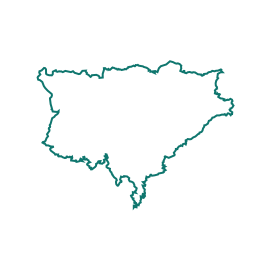 outline of Kota Tasikmalaya, Jawa Barat, Indonesia, rotated 102°
{"feature_id": "22746128B57000549481658", "entity_name": "Kota Tasikmalaya", "entity_type": "district", "adm_level": 2, "iso_a3": "IDN", "parent_name": "Indonesia", "parent_adm1": "Jawa Barat", "projection": "natural_earth1", "projection_center": [108.229, -7.36], "detail": "fine", "context": "isolated", "style": "outline", "palette": "teal", "viewbox_px": 256, "rotation_deg": 102, "n_neighbors": 0, "source": "geoboundaries", "source_scale": "gbopen_adm2", "svg_char_len": 5768}
<svg xmlns="http://www.w3.org/2000/svg" viewBox="0 0 256 256"><g transform="rotate(102 128 128)"><path d="M92.7,29.1L90.9,29.3L89.7,32.0L88.9,32.4L88.4,31.8L87.6,31.8L87.5,31.3L86.2,30.2L84.1,29.5L83.3,30.6L82.7,30.9L82.5,31.7L81.3,32.0L79.9,31.4L78.7,32.2L78.2,33.9L79.4,35.1L79.8,36.0L79.6,36.5L81.1,39.1L81.1,39.6L80.9,40.2L79.8,39.9L79.6,41.8L79.8,43.6L78.8,46.2L76.0,45.2L75.8,45.8L76.1,47.1L75.4,48.0L76.4,48.1L76.1,50.2L73.9,50.3L73.2,50.8L72.0,50.2L71.1,49.2L70.8,49.5L69.6,49.4L68.3,50.9L65.9,51.6L63.2,51.5L60.5,50.2L60.0,51.1L56.4,51.4L54.2,49.0L53.8,47.1L52.7,48.7L52.0,49.1L51.6,48.9L51.4,49.3L53.2,51.9L53.7,53.8L54.5,55.0L54.6,57.5L55.7,58.4L56.8,60.9L58.4,62.0L59.4,65.0L60.2,65.4L60.5,65.1L61.5,66.4L61.2,67.2L60.5,67.5L60.9,70.8L59.7,74.0L59.9,75.9L60.6,76.8L60.4,79.4L61.1,81.2L62.3,82.4L62.1,84.2L60.5,84.8L60.6,85.4L61.9,86.0L61.3,88.7L58.6,88.3L57.0,88.9L56.0,88.8L54.7,90.8L54.4,92.7L54.9,93.6L54.9,95.1L54.2,97.7L54.0,100.8L57.9,103.8L60.7,108.7L63.1,110.2L67.2,110.8L66.6,113.2L67.0,114.2L67.9,113.5L68.2,113.9L68.7,113.5L68.3,115.4L67.5,115.7L68.3,117.6L67.8,117.6L66.9,118.5L67.7,119.7L66.1,120.1L65.2,122.3L65.0,125.2L64.6,126.2L64.8,130.4L64.2,131.5L64.7,132.1L64.8,133.5L66.1,134.0L66.2,134.4L65.8,135.4L67.5,137.8L67.7,138.9L68.3,139.7L68.3,140.4L69.6,140.7L70.2,141.7L71.0,142.1L71.0,143.5L71.4,143.7L72.6,146.3L72.3,147.5L72.6,148.5L72.2,149.3L73.0,150.0L73.1,150.6L72.4,151.3L72.6,152.5L72.1,154.2L72.2,155.5L71.6,156.3L72.4,155.9L74.9,157.8L74.5,158.9L75.0,159.3L74.4,159.6L75.1,160.5L75.2,161.2L74.2,162.8L74.5,164.0L75.9,163.6L80.4,164.0L83.9,163.2L84.9,166.3L84.2,166.5L83.1,167.5L82.6,170.0L83.9,174.3L85.2,174.7L85.8,175.3L84.3,177.6L83.7,179.7L82.4,179.8L82.1,180.6L81.1,181.4L80.7,181.3L81.6,184.5L84.9,186.1L85.5,187.3L85.1,191.7L83.9,193.6L85.2,195.4L85.2,201.2L86.9,203.4L86.5,205.2L86.9,206.3L86.8,207.1L87.7,208.7L87.6,209.9L86.5,210.6L86.7,210.9L88.5,213.2L91.1,212.8L92.3,213.4L92.8,216.2L92.6,218.3L92.0,219.4L87.7,220.4L86.7,221.5L86.7,222.6L89.7,224.5L90.9,226.4L92.4,226.3L93.9,224.9L96.5,226.7L97.4,226.9L99.4,225.9L99.5,224.1L100.8,221.4L104.5,219.0L106.1,217.3L108.2,214.3L110.6,209.7L111.8,209.2L113.4,209.3L115.1,210.5L115.6,210.4L120.8,208.6L124.7,206.5L125.6,206.6L125.7,206.0L127.5,205.1L127.1,201.1L126.7,200.0L125.9,199.4L127.2,199.2L129.0,199.9L131.0,201.8L132.3,202.3L134.2,204.2L140.1,204.6L141.5,205.2L142.6,204.5L143.5,204.5L144.4,205.3L145.3,205.3L146.2,204.4L147.2,204.3L150.9,205.9L152.7,204.5L154.9,205.6L157.6,206.0L158.6,206.7L159.5,208.4L160.1,208.6L160.7,206.7L160.6,206.0L162.0,204.4L161.6,202.5L162.1,199.8L161.7,196.7L163.6,199.4L164.8,199.8L165.5,199.4L166.3,198.6L168.2,194.5L169.2,193.6L168.5,192.2L169.0,191.2L168.7,190.8L169.8,190.6L170.2,190.1L169.8,189.4L170.0,188.6L169.5,187.6L170.2,185.7L170.5,183.5L170.1,182.5L169.0,182.2L169.2,181.8L168.7,181.4L169.0,180.9L168.8,179.4L168.2,178.9L168.6,178.0L168.2,177.6L168.4,177.1L167.8,176.7L168.7,176.3L169.4,176.4L169.7,177.1L171.6,176.9L171.3,173.3L170.6,172.5L170.6,172.0L171.8,171.6L171.8,171.1L170.5,168.5L167.9,168.0L168.2,167.0L168.7,167.4L169.9,167.1L169.9,165.8L169.3,166.8L169.0,166.0L167.5,165.2L166.7,165.1L165.8,165.7L165.3,164.7L165.9,164.3L167.1,164.6L167.7,163.9L167.9,163.4L166.8,162.0L167.6,161.3L167.8,160.0L168.9,159.3L169.4,158.1L170.7,159.9L171.9,160.5L172.6,160.0L173.4,157.8L174.3,157.7L175.0,157.2L175.2,156.5L174.5,155.9L174.8,155.3L176.1,155.4L176.0,154.7L173.0,152.1L171.6,151.4L169.7,151.7L169.2,150.9L166.7,150.0L166.1,148.1L168.4,148.4L168.4,147.8L168.3,145.8L166.8,144.6L166.6,144.0L165.9,143.9L165.1,144.6L164.2,144.2L163.9,144.6L163.3,143.7L161.8,143.2L160.4,144.9L159.7,144.0L158.3,144.3L158.3,143.5L161.3,141.6L163.0,142.5L163.5,142.5L165.5,140.4L166.6,139.7L167.7,139.8L169.3,141.1L170.6,140.9L171.3,139.6L171.6,137.2L173.0,137.1L174.4,135.9L174.8,135.0L176.3,134.2L176.7,133.5L177.1,133.5L179.1,131.3L180.2,128.9L181.4,128.1L182.6,128.6L183.8,128.4L185.5,127.7L186.4,126.6L186.6,126.2L186.3,125.6L182.9,124.6L182.2,123.3L181.4,123.3L180.2,125.0L177.0,124.7L177.2,123.8L176.4,121.6L175.9,121.7L175.6,118.8L176.8,116.4L178.3,116.5L179.8,115.2L179.8,113.2L180.4,111.4L182.4,109.9L183.7,109.7L185.1,107.0L187.6,107.1L188.6,108.1L189.2,107.9L189.8,107.1L189.8,109.9L192.4,109.3L193.5,111.0L194.5,110.4L195.2,109.2L196.0,108.9L195.9,108.0L196.9,108.1L198.5,106.1L199.9,106.3L200.2,105.5L199.6,105.0L199.7,104.5L200.8,104.1L201.0,103.6L202.4,103.7L202.7,106.2L204.6,105.8L203.8,105.4L203.8,103.2L202.8,103.4L201.0,102.6L201.3,101.5L199.3,101.3L198.2,100.1L196.7,100.8L195.2,100.4L192.2,101.4L192.2,100.8L193.2,99.0L193.1,98.2L191.0,97.2L190.5,97.5L190.4,98.0L191.1,98.9L190.4,99.8L189.3,99.8L188.6,97.8L187.9,97.9L186.7,98.7L184.6,98.8L183.7,100.1L181.2,101.7L181.1,99.3L180.0,99.2L177.8,102.1L177.1,100.1L175.9,99.9L175.1,99.1L173.8,99.9L171.8,99.8L172.3,98.4L171.8,98.1L171.2,96.8L169.1,96.3L168.9,95.8L169.7,94.7L168.7,92.0L167.2,89.0L166.2,88.7L164.3,84.3L163.7,83.8L162.9,84.2L161.4,82.5L160.7,83.6L160.3,85.3L159.6,84.6L159.2,85.4L158.0,83.8L157.7,85.1L157.0,84.8L157.0,86.4L156.2,86.3L154.5,86.9L153.7,86.0L152.8,86.4L149.6,85.6L148.4,86.1L148.0,85.8L148.7,81.9L145.1,76.9L144.4,76.8L142.7,78.0L139.7,76.6L138.6,76.8L138.4,75.3L136.9,75.2L135.2,74.1L134.8,73.1L134.1,72.8L134.3,71.1L132.7,71.1L132.1,70.6L131.5,68.9L132.0,68.1L131.2,68.0L130.9,68.7L129.3,68.1L128.8,68.9L128.0,69.0L127.3,67.9L126.4,67.3L126.2,65.1L125.7,63.9L123.6,62.2L122.3,60.3L119.4,58.2L118.7,57.1L117.6,57.1L116.6,55.3L115.1,54.6L112.8,54.5L111.1,53.8L109.5,53.9L109.1,52.7L107.1,50.8L104.2,50.4L103.0,48.6L100.3,47.6L99.8,46.3L97.2,43.7L96.7,41.2L95.3,38.8L95.2,37.6L94.3,36.2L95.2,35.4L95.4,34.7L95.2,34.3L93.3,33.7L92.8,33.2L93.1,31.6L94.1,30.2L92.8,29.7L92.7,29.1Z" fill="none" stroke="#0f766e" stroke-width="2"/></g></svg>